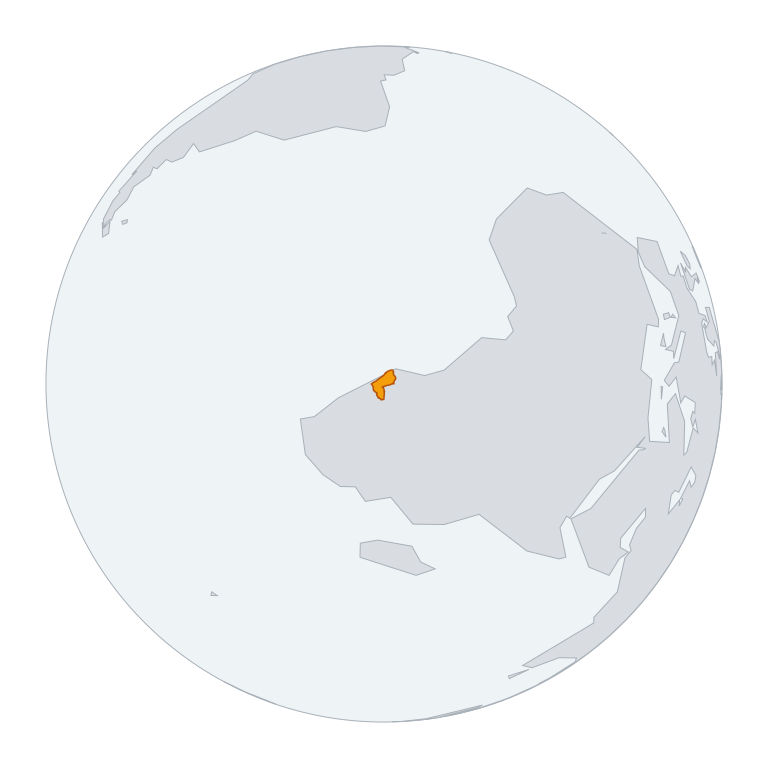 Kunene on an orthographic globe, rotated 81°
{"feature_id": "NAM-3347", "entity_name": "Kunene", "entity_type": "Region", "adm_level": 1, "iso_a3": "NAM", "parent_name": "Namibia", "parent_adm1": "", "projection": "orthographic", "projection_center": [13.973, -19.069], "detail": "fine", "context": "on_globe", "style": "filled", "palette": "amber", "viewbox_px": 768, "rotation_deg": 81, "n_neighbors": 0, "source": "natural_earth", "source_scale": "10m", "svg_char_len": 7585}
<svg xmlns="http://www.w3.org/2000/svg" viewBox="0 0 768 768"><g transform="rotate(81 384 384)"><circle cx="384" cy="384" r="338" fill="#eef3f6" stroke="#a8b0b8"/><path d="M54.6,308.6L51.3,325.4L55.5,305.3L54.9,310.7L62.0,298.1L60.5,303.2L66.0,315.2L77.8,314.6L80.6,325.9L78.6,335.5L84.0,334.5L84.2,340.0L111.1,335.1L129.3,342.6L131.7,362.5L122.3,390.9L127.5,444.5L114.3,470.8L120.2,493.1L125.9,530.0L116.7,534.5L128.9,546.7L131.6,558.9L128.2,563.9L135.9,574.5L133.8,578.0L141.1,582.3L150.1,600.3L161.9,609.0L171.7,622.9L179.5,627.6L178.7,628.9L181.0,632.7L185.3,636.1L177.2,635.3L160.9,623.3L153.4,614.8L152.0,615.7L134.8,594.6L137.9,600.4L114.9,573.2L99.7,547.8L67.6,481.3L62.5,470.9L57.1,464.7L51.1,442.2L47.6,415.6L46.1,388.7L46.8,361.8L49.6,335.0L54.6,308.6ZM194.9,639.0L179.9,636.9L186.5,637.1L180.6,629.2L192.3,632.5L194.9,639.0ZM182.2,617.7L181.6,611.7L184.5,612.6L185.5,617.0L182.2,617.7ZM423.6,48.4L443.0,51.3L440.8,51.3L428.1,49.5L442.3,52.5L440.0,51.6L446.9,52.9L447.6,52.3L452.5,53.3L445.5,51.7L452.4,53.1L455.7,53.8L457.4,54.2L480.5,60.2L503.2,67.8L525.2,77.0L546.5,87.7L567.1,100.0L586.7,113.6L605.3,128.6L622.8,144.9L639.1,162.3L654.1,180.9L667.8,200.5L680.0,221.0L690.8,242.3L700.0,264.4L707.7,287.0L713.7,310.1L716.4,323.7L719.2,340.9L721.7,373.2L721.2,363.6L719.0,340.6L717.2,329.9L713.8,310.8L705.0,278.5L704.0,277.7L700.4,266.6L688.1,238.3L684.7,236.9L681.7,253.9L687.4,282.2L683.7,291.1L664.1,242.2L652.8,214.2L647.3,213.2L625.8,186.0L593.2,173.1L587.2,165.9L581.4,166.7L566.1,157.3L556.3,146.5L547.7,145.1L573.3,174.3L582.4,176.3L588.1,169.0L593.6,179.1L608.2,191.6L597.0,210.2L546.4,220.4L539.3,199.1L489.2,142.6L489.5,137.6L489.2,137.0L488.4,135.9L486.1,143.9L476.8,134.2L505.9,170.1L511.7,186.1L545.7,221.5L543.1,224.3L553.4,232.7L583.5,231.4L584.2,238.5L571.3,269.0L527.6,310.5L532.2,346.6L526.9,377.3L497.0,395.0L497.0,420.8L481.1,428.4L478.4,443.2L464.1,458.4L441.4,472.7L405.5,472.1L405.3,457.9L390.5,431.2L370.8,370.0L382.0,342.6L379.7,322.4L353.5,280.3L359.4,256.9L351.9,247.9L336.7,251.3L327.7,240.9L318.3,241.6L258.1,257.6L238.6,247.1L212.8,211.9L222.8,194.0L222.8,177.1L290.6,113.1L307.2,113.4L363.1,102.7L370.5,104.1L366.2,114.8L410.0,128.1L421.4,118.8L458.8,128.6L482.2,130.6L486.4,111.3L448.1,107.3L439.1,97.7L468.0,92.9L501.1,99.0L498.7,95.6L475.8,85.5L481.5,81.6L467.7,82.0L474.7,85.7L466.3,86.5L459.3,83.3L461.6,81.7L451.0,79.4L442.9,88.9L449.2,93.8L422.8,94.3L430.8,102.8L424.3,106.6L408.4,93.8L408.5,89.4L380.6,78.2L378.1,82.5L404.3,93.9L397.0,92.9L393.9,100.5L390.5,94.0L362.6,82.1L337.4,86.7L308.8,108.2L293.4,112.2L278.9,111.0L286.0,92.0L319.6,85.5L322.6,80.2L313.0,75.0L324.0,74.0L324.2,71.6L336.6,69.8L351.3,63.2L363.5,61.9L366.6,56.1L373.3,55.1L369.6,58.5L373.5,60.8L403.5,60.3L408.5,59.3L408.1,56.0L416.4,56.9L412.2,53.9L428.1,54.1L405.1,51.9L404.1,49.6L412.2,48.7L407.7,48.0L394.5,49.6L392.9,50.9L398.1,52.3L390.3,57.4L380.5,58.5L373.2,52.9L358.6,54.5L359.2,50.8L394.6,46.3L403.8,46.7L423.6,48.4ZM270.0,140.7L268.8,145.5L270.0,140.7ZM538.5,117.7L556.8,123.5L544.6,110.1L550.6,111.5L544.3,106.8L543.6,109.1L527.4,97.4L533.9,96.8L529.6,92.4L523.3,90.3L514.0,93.6L537.1,109.8L534.6,113.2L538.5,117.7ZM62.4,297.5L62.8,299.6L61.3,301.6L62.4,297.5ZM67.5,266.3L68.3,265.1L66.3,269.4L67.5,266.3ZM66.5,268.4L66.6,268.0L65.1,272.1L66.5,268.4ZM174.6,118.7L170.4,122.2L172.3,120.6L174.6,118.7ZM313.1,63.3L318.1,63.5L314.7,66.2L299.2,70.6L304.1,66.4L313.1,63.3ZM326.2,63.6L323.2,58.4L332.6,56.3L327.8,58.2L334.4,57.3L328.4,60.3L340.4,64.5L338.2,67.4L310.8,72.2L321.0,68.6L315.4,68.2L326.2,63.6ZM298.7,57.3L297.5,57.3L319.6,52.4L318.2,53.1L302.7,56.7L295.3,58.2L298.7,57.3ZM377.5,100.0L382.9,100.3L391.2,99.7L389.3,104.9L377.5,100.0ZM358.1,91.7L362.9,90.8L364.3,96.9L358.7,97.1L358.1,91.7ZM364.3,85.7L363.0,90.3L360.3,87.9L364.3,85.7ZM373.8,57.9L378.7,57.3L379.7,58.1L377.6,59.4L373.8,57.9ZM480.6,113.8L474.6,116.8L470.7,114.6L473.6,113.9L480.6,113.8ZM430.4,109.2L442.5,112.4L429.7,110.7L430.4,109.2ZM566.9,581.8L565.8,588.0L562.3,586.7L566.9,581.8ZM578.0,382.3L551.4,434.8L537.5,432.3L537.2,414.7L548.6,381.8L565.6,375.6L574.6,362.4L578.0,382.3ZM718.9,428.8L719.4,424.8L719.9,420.9L718.9,428.8ZM720.2,417.9L720.0,420.1L721.2,394.6L716.5,336.9L718.3,342.4L721.9,383.2L721.9,386.9L721.8,394.6L720.2,417.9ZM688.6,285.6L694.6,306.3L691.9,306.8L688.6,285.6ZM652.3,589.4L658.3,581.0L663.9,573.4L683.4,540.7L682.8,541.9L668.5,566.3L652.3,589.4Z" fill="#d9dde1" stroke="#a8b0b8" stroke-width="1"/><path d="M379.4,371.5L379.6,371.6L379.8,371.7L380.0,371.7L380.3,371.7L380.5,371.6L380.9,371.8L381.0,371.8L381.3,371.9L381.4,372.2L381.5,372.3L381.5,372.5L381.9,372.8L382.4,373.2L383.0,373.5L383.5,373.8L383.8,374.2L383.9,374.3L384.0,374.3L384.2,374.2L384.3,374.2L384.4,374.3L384.5,374.3L384.8,374.3L384.8,374.2L385.1,374.3L385.3,374.2L385.4,374.3L385.3,374.6L385.2,374.7L385.0,375.0L384.9,375.1L384.9,375.3L385.2,375.4L385.2,375.6L385.2,375.8L385.0,376.0L385.1,376.3L385.6,377.4L385.8,378.2L385.9,380.4L385.8,381.2L385.8,381.6L386.1,382.3L386.2,382.6L386.3,383.0L386.2,383.6L386.2,384.2L386.4,384.9L386.5,385.0L386.8,385.4L386.8,385.6L386.7,385.8L386.6,386.0L387.3,386.1L387.4,385.8L387.5,385.5L387.1,385.5L387.1,385.3L387.1,385.1L387.4,385.0L388.9,385.0L390.2,384.8L390.6,384.9L390.9,384.9L391.5,384.7L391.5,385.1L392.5,385.1L392.9,385.1L393.6,385.3L394.1,385.3L394.3,385.3L394.5,385.4L394.9,385.6L395.6,385.7L396.0,385.8L396.3,385.9L397.1,386.1L398.1,386.3L398.4,386.3L398.8,386.4L399.1,386.6L399.2,387.0L399.1,389.1L399.2,389.3L398.9,389.5L398.7,389.6L398.2,389.6L398.2,389.9L398.2,390.0L398.2,390.3L398.3,390.3L398.2,390.3L397.0,390.8L396.9,390.9L396.9,391.4L397.0,391.6L396.9,391.7L396.9,391.8L396.7,391.9L396.6,392.0L396.5,391.9L396.4,391.9L396.2,391.8L395.9,392.0L395.5,392.0L395.4,392.0L395.0,392.2L394.8,392.3L394.4,392.8L394.0,393.0L393.9,393.0L393.4,392.9L393.0,392.8L392.7,392.8L392.5,392.7L392.4,392.7L392.2,392.5L392.2,392.4L391.8,392.4L391.7,392.4L391.7,392.5L391.3,393.1L391.2,393.1L390.4,393.8L390.4,394.0L390.1,394.2L389.9,394.2L389.6,394.5L389.4,394.6L389.3,394.8L389.2,394.8L388.9,394.9L388.9,395.0L388.7,395.1L388.5,395.3L388.4,395.3L388.2,395.4L387.9,395.4L387.7,395.4L387.4,395.4L387.2,395.3L386.8,395.3L386.7,395.3L386.5,395.2L386.4,395.2L386.2,395.2L385.8,395.3L385.7,395.3L385.3,395.1L385.2,395.1L384.9,395.2L384.9,395.3L384.7,395.3L384.4,395.4L384.0,395.4L383.6,395.6L383.4,395.8L383.2,395.9L382.9,396.0L382.7,396.1L382.5,396.3L382.1,396.5L382.0,396.3L381.5,395.4L381.2,395.1L381.2,394.9L380.9,394.7L380.8,394.3L380.7,393.8L380.6,393.3L380.1,392.4L379.9,391.8L379.9,391.6L379.8,391.1L379.6,390.6L379.5,390.4L379.2,390.3L379.0,390.2L378.8,389.9L378.6,389.1L378.2,388.3L378.1,388.1L377.9,387.8L377.5,387.1L377.4,386.9L377.2,386.5L376.9,386.0L376.9,385.9L376.8,385.7L376.7,385.3L376.6,385.1L376.4,384.9L376.2,384.2L375.9,383.8L375.7,383.7L375.6,383.2L374.6,381.9L373.9,381.4L373.7,381.1L373.5,380.9L373.4,380.9L373.1,380.7L373.1,380.4L373.0,380.1L372.9,380.1L372.9,379.9L373.0,379.9L372.8,379.7L372.6,379.1L372.1,378.6L372.0,378.3L372.0,378.0L371.9,377.7L371.7,376.9L371.6,376.5L371.5,375.9L371.4,375.6L371.4,375.4L371.3,375.1L371.3,374.6L371.5,373.4L371.8,373.4L372.0,373.3L372.1,373.2L372.3,373.1L372.6,372.9L372.8,372.8L373.0,372.7L373.3,372.7L373.5,372.7L373.7,372.8L373.8,372.7L373.9,372.8L374.0,372.9L374.0,373.0L374.3,373.2L374.7,373.1L375.0,373.1L375.4,373.1L375.5,373.1L375.8,373.2L376.0,373.2L376.5,372.9L376.9,372.8L377.0,372.6L377.3,372.5L377.5,372.4L377.7,372.2L377.8,372.2L378.0,372.0L378.1,371.9L378.3,371.9L378.6,371.7L379.2,371.6L379.3,371.5L379.4,371.5Z" fill="#f59e0b" stroke="#b45309" stroke-width="1.5"/></g></svg>